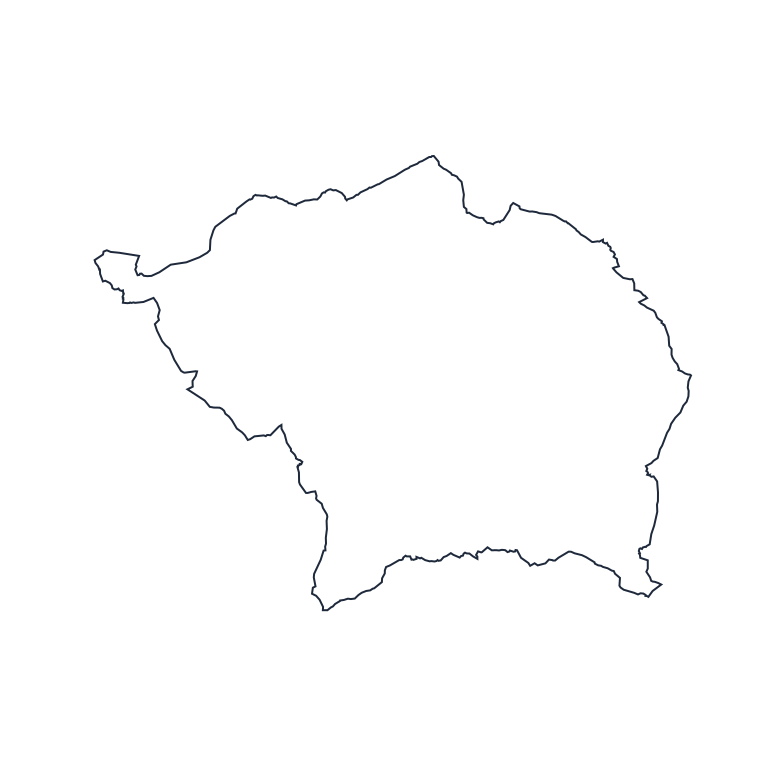 Aurskog-Høland nor, Akershus, Norway, rotated 99°
{"feature_id": "86288312B17302655292255", "entity_name": "Aurskog-Høland nor", "entity_type": "district", "adm_level": 2, "iso_a3": "NOR", "parent_name": "Norway", "parent_adm1": "Akershus", "projection": "albers", "projection_center": [11.533, 59.809], "detail": "fine", "context": "isolated", "style": "outline", "palette": "slate", "viewbox_px": 768, "rotation_deg": 99, "n_neighbors": 0, "source": "geoboundaries", "source_scale": "gbopen_adm2", "svg_char_len": 6119}
<svg xmlns="http://www.w3.org/2000/svg" viewBox="0 0 768 768"><g transform="rotate(99 384 384)"><path d="M617.0,409.0L616.3,404.5L612.9,401.4L611.7,399.7L608.9,397.9L605.2,393.5L604.7,393.5L603.6,389.9L601.7,386.1L601.6,383.1L600.5,379.3L596.4,376.2L593.7,373.4L591.2,369.2L590.0,365.4L587.9,363.1L587.4,361.8L580.0,355.1L576.2,355.5L571.0,353.6L567.9,354.0L564.4,353.3L562.3,349.8L555.5,341.4L555.2,339.5L554.3,338.1L552.4,337.8L550.2,335.8L550.7,334.6L550.2,331.2L553.2,329.4L552.8,328.5L553.1,327.5L551.6,324.5L549.7,324.9L550.6,321.1L549.8,320.0L551.5,315.8L552.0,311.2L551.5,309.5L551.4,306.3L550.6,304.4L549.5,303.6L550.1,302.5L549.4,300.4L545.6,298.0L544.1,295.3L540.6,291.5L541.9,288.7L543.6,282.1L541.8,280.9L541.2,279.2L539.1,278.8L537.9,277.6L538.4,275.9L538.1,273.1L540.3,269.2L542.1,264.4L539.8,264.8L538.4,266.3L534.6,264.9L535.1,261.7L534.8,261.0L529.1,256.2L531.4,251.5L530.6,247.4L530.4,244.3L529.4,241.8L529.2,239.8L529.2,238.1L530.7,235.7L529.8,233.9L528.8,233.6L529.4,229.8L528.8,228.2L527.4,228.1L527.4,226.6L534.2,221.5L538.2,213.4L540.7,211.2L537.5,207.2L539.1,203.8L535.9,196.5L531.6,193.6L531.6,190.2L531.9,189.5L531.6,187.4L528.3,184.5L520.7,175.4L520.4,173.0L521.4,169.3L522.1,161.7L523.4,157.3L527.2,148.1L528.4,147.7L529.6,144.1L529.6,141.1L530.4,139.2L531.0,134.3L532.7,129.7L532.8,127.8L535.3,126.1L538.6,120.6L546.4,119.9L548.0,118.5L549.7,115.1L551.1,104.4L552.1,100.2L550.6,97.9L550.4,95.1L551.4,92.6L552.4,92.6L552.3,91.1L552.9,89.6L546.4,86.3L538.7,78.8L537.6,82.3L537.0,85.8L537.1,87.6L536.6,89.3L533.3,91.0L528.4,95.5L525.1,94.6L516.9,95.9L515.6,103.7L512.7,104.5L511.6,105.5L511.1,104.8L509.1,106.2L506.8,105.9L506.2,105.0L506.6,103.4L505.0,102.8L504.0,100.8L504.0,99.8L503.0,99.3L500.8,96.5L490.4,96.5L481.5,95.0L467.5,94.1L460.3,95.5L457.0,95.1L448.3,96.4L437.5,99.0L433.1,103.2L433.8,105.4L432.6,107.5L432.2,107.4L432.7,108.4L432.5,109.9L430.7,109.2L429.4,110.2L428.9,111.3L426.5,110.7L424.1,112.5L420.3,107.5L417.7,105.8L414.3,102.1L405.3,101.2L401.2,99.6L387.9,96.8L383.7,95.0L378.4,94.2L371.7,91.0L365.8,86.8L358.5,85.0L354.1,82.3L348.6,81.4L343.2,82.0L340.1,83.4L333.7,83.7L327.5,82.1L326.9,83.2L327.0,85.5L326.5,88.4L325.0,91.5L324.2,95.4L322.9,95.0L318.5,97.5L316.3,100.3L313.1,103.0L310.1,104.6L304.4,105.4L301.6,108.3L292.8,110.3L281.9,116.2L282.0,117.1L281.2,117.3L280.2,119.5L278.6,119.3L276.8,123.1L275.4,124.9L271.2,127.2L269.4,129.1L267.4,136.2L265.7,139.2L264.5,143.0L263.2,144.8L258.0,137.6L255.9,140.3L255.8,141.6L253.0,144.8L252.1,147.6L252.2,151.4L245.5,152.6L241.5,155.0L242.1,157.5L241.8,164.3L237.4,171.8L234.4,175.4L233.8,176.0L233.0,174.8L231.0,170.4L226.9,172.8L224.1,173.5L222.5,177.1L219.9,176.2L217.7,177.9L216.9,180.7L216.1,181.5L214.3,181.3L213.1,182.0L212.4,184.0L209.7,185.8L210.6,187.1L209.6,190.0L207.2,190.3L209.7,193.7L209.6,195.1L211.1,199.9L211.1,201.0L207.3,208.1L205.5,213.0L203.5,215.4L202.2,217.9L201.1,218.7L196.3,227.2L196.5,227.6L194.9,229.7L195.2,230.9L194.7,232.5L191.2,240.9L190.5,244.9L191.0,257.3L190.4,260.2L190.4,264.4L190.9,267.4L190.0,276.4L189.2,277.5L187.4,278.0L185.0,284.7L188.2,286.8L192.6,287.1L203.3,291.8L204.9,294.2L206.1,294.9L205.5,296.1L206.9,299.0L208.2,300.7L209.2,301.1L208.6,304.2L208.7,307.3L205.9,311.3L204.7,311.7L204.6,313.6L205.0,315.7L204.7,318.2L203.5,322.6L201.5,326.8L202.1,328.6L201.8,329.2L198.3,330.0L196.6,332.8L190.0,334.5L184.6,334.7L172.2,339.0L169.5,342.9L167.8,344.3L166.9,347.4L166.7,349.8L165.4,350.6L162.6,356.3L162.0,358.8L159.1,363.9L155.9,364.9L151.0,370.5L151.5,372.4L152.4,373.0L152.7,374.8L157.9,381.3L159.2,383.8L161.2,385.5L165.3,392.3L166.7,393.2L169.1,396.9L176.9,405.8L181.6,413.4L187.4,420.3L187.8,421.5L192.2,427.7L192.2,429.1L194.1,430.8L198.4,437.2L201.2,439.3L201.5,440.8L204.6,443.6L207.4,449.0L208.4,449.5L206.9,451.3L205.2,451.8L202.0,455.6L200.0,461.9L200.7,464.5L200.0,467.2L200.8,469.2L202.8,471.7L204.1,472.1L204.2,473.6L205.5,475.1L208.8,476.2L212.2,478.8L212.6,482.2L214.3,486.7L215.2,490.7L220.1,498.6L221.4,498.8L220.3,504.8L220.4,506.4L218.8,508.6L218.9,509.9L217.5,513.2L216.9,518.1L215.7,519.8L217.0,521.7L217.3,523.9L217.9,524.8L216.5,530.8L217.1,533.3L217.4,538.4L217.7,539.0L217.3,540.5L218.9,542.3L221.6,543.1L222.8,544.9L222.7,545.7L225.4,548.6L233.8,556.4L238.8,557.3L239.0,558.4L242.1,562.6L255.1,575.2L258.9,576.5L268.7,578.0L279.0,576.9L282.0,579.1L287.7,586.1L294.7,598.2L299.5,613.3L308.8,623.4L313.6,630.6L314.5,634.7L314.7,638.1L312.9,640.7L313.2,642.2L314.6,642.8L315.1,644.4L309.8,647.6L306.6,646.8L305.0,647.8L295.8,645.9L295.8,666.0L296.3,674.6L295.3,678.7L297.1,681.7L300.1,681.8L306.9,689.2L309.6,687.9L312.6,684.7L315.4,683.2L315.0,682.8L315.4,682.5L319.7,681.6L326.7,677.7L325.6,675.4L327.2,670.5L329.2,668.3L331.7,667.3L332.8,665.0L332.2,662.6L331.2,661.2L332.7,659.8L333.1,657.6L332.4,656.5L335.3,655.7L335.2,655.3L335.6,655.1L338.9,655.9L339.6,655.0L340.7,655.3L341.0,654.6L344.6,654.6L344.3,650.1L343.8,648.1L343.2,647.6L343.5,646.4L342.6,644.0L342.8,642.6L340.6,634.4L335.0,625.1L339.5,620.8L346.1,617.1L352.6,617.8L356.0,616.3L360.7,619.7L366.7,616.6L376.4,609.8L379.8,606.0L382.8,601.2L392.9,594.9L402.8,586.5L403.9,583.9L404.0,582.6L400.9,572.1L400.8,570.6L405.6,571.2L411.0,573.6L416.6,572.5L420.0,577.3L428.4,558.5L433.8,552.5L433.9,548.5L433.1,542.7L433.8,540.4L435.4,537.8L438.2,536.0L440.3,532.2L443.5,528.6L451.0,522.4L454.0,516.5L456.4,513.4L460.6,509.8L459.4,507.5L456.0,503.8L453.6,494.7L454.0,492.6L452.9,491.8L452.5,490.7L452.4,488.2L442.5,481.2L440.5,478.9L444.3,478.2L449.4,474.2L457.2,470.8L462.7,465.7L464.6,465.5L467.7,461.2L469.9,459.6L471.3,459.3L472.3,456.6L472.3,455.1L473.7,452.5L476.2,453.2L476.5,453.6L476.0,454.4L476.1,454.8L477.5,455.0L478.0,456.3L479.4,456.0L479.6,456.5L484.6,454.2L494.2,452.5L496.4,451.3L503.8,444.0L503.5,442.2L502.0,439.0L500.8,435.1L505.1,433.1L507.6,433.2L508.9,432.4L512.0,426.8L516.0,424.9L521.7,420.1L523.9,419.2L528.2,419.3L536.2,417.7L545.0,417.4L550.8,416.3L553.8,416.7L557.5,415.8L558.0,417.6L567.5,419.0L582.4,423.3L586.0,423.1L594.6,420.0L596.3,422.4L602.4,422.3L603.8,417.9L607.1,413.9L613.7,409.3L617.0,409.0Z" fill="none" stroke="#1e293b" stroke-width="2"/></g></svg>